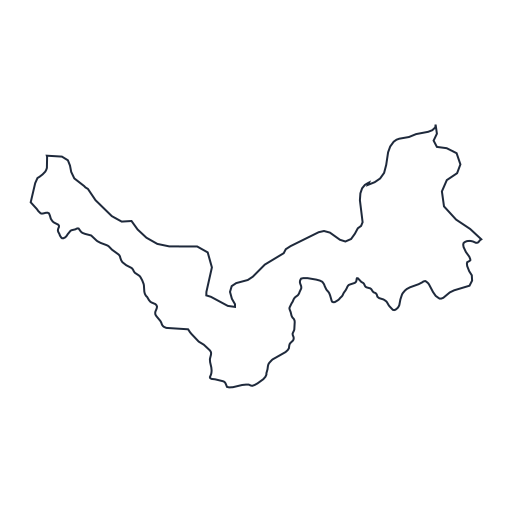 outline of Nong Khai
{"feature_id": "THA-446", "entity_name": "Nong Khai", "entity_type": "Province", "adm_level": 1, "iso_a3": "THA", "parent_name": "Thailand", "parent_adm1": "", "projection": "robinson", "projection_center": [102.779, 17.946], "detail": "fine", "context": "isolated", "style": "outline", "palette": "slate", "viewbox_px": 512, "rotation_deg": 0, "n_neighbors": 0, "source": "natural_earth", "source_scale": "10m", "svg_char_len": 4898}
<svg xmlns="http://www.w3.org/2000/svg" viewBox="0 0 512 512"><path d="M367.9,184.9L374.7,182.2L380.1,178.5L384.1,172.9L386.2,164.9L388.1,152.3L390.2,146.5L393.7,141.7L396.5,139.7L399.3,138.7L409.0,137.0L416.1,134.1L428.2,131.8L432.3,130.2L435.3,127.4L435.6,124.6L436.9,133.7L433.6,140.6L436.9,146.9L446.7,148.2L456.6,153.2L460.4,164.4L457.1,173.2L446.8,180.1L441.9,191.4L444.0,206.4L456.1,219.6L470.2,229.0L481.3,239.3L480.0,240.2L478.3,242.3L477.0,242.8L475.9,242.8L473.0,241.5L470.8,241.0L469.5,240.9L467.1,241.1L466.0,241.5L465.1,241.9L464.2,242.5L463.5,243.2L463.2,244.8L463.6,247.1L465.9,252.0L469.3,256.7L470.3,259.3L470.3,260.3L469.3,261.1L467.2,262.2L466.9,263.7L467.2,266.1L469.2,271.2L471.8,275.3L472.1,280.6L469.5,285.7L454.2,290.3L449.8,292.4L443.3,297.8L441.2,298.6L439.6,298.6L438.6,298.0L435.7,295.9L433.0,292.0L429.0,284.4L428.2,283.3L427.1,282.3L425.5,281.1L424.3,281.2L423.2,281.6L422.3,282.3L418.6,284.2L410.0,287.3L406.8,289.0L405.0,290.5L402.8,293.1L402.2,294.1L401.8,295.1L400.4,299.4L399.3,305.1L398.6,306.6L397.6,308.0L395.5,309.7L394.1,310.1L392.8,309.8L389.5,306.3L388.8,305.4L387.0,302.3L386.3,301.4L384.4,300.0L383.3,299.4L379.1,298.1L378.2,297.4L377.4,296.7L377.2,296.1L377.0,295.2L376.5,294.1L375.6,293.1L373.6,292.3L372.7,291.4L371.3,289.2L370.3,288.4L366.7,287.4L365.6,286.8L365.0,286.0L364.6,285.2L364.4,284.6L364.0,283.9L363.4,283.1L361.3,281.9L357.9,278.3L357.0,278.2L356.6,279.0L356.5,280.4L356.0,281.8L354.8,282.9L350.2,284.4L348.7,285.0L347.9,285.9L347.3,286.9L346.8,288.1L345.6,290.3L344.2,292.2L343.5,293.3L342.5,295.5L341.8,296.4L340.1,298.0L339.4,298.9L338.5,299.8L337.3,300.6L334.8,302.1L333.2,302.2L332.1,301.7L331.6,300.6L330.1,295.4L329.2,293.1L328.6,292.2L327.9,291.3L327.0,290.4L326.3,289.4L325.8,288.4L324.7,286.1L324.3,284.9L323.7,283.7L322.3,281.8L319.9,280.6L316.2,279.6L307.3,278.1L303.5,278.1L301.1,278.6L300.5,279.6L300.0,280.9L299.9,282.3L300.2,283.6L301.1,286.0L301.3,287.2L301.2,288.5L299.6,291.9L299.2,293.1L298.6,294.2L297.8,295.3L295.3,297.1L294.4,298.1L293.7,299.2L292.7,301.6L291.5,303.5L290.7,305.2L289.8,307.0L289.4,308.1L289.6,309.3L290.7,312.2L291.5,315.6L292.0,316.7L292.5,317.6L293.7,318.8L294.2,319.7L294.6,320.8L294.7,322.2L294.3,329.5L294.0,330.5L293.1,332.4L292.6,333.6L292.7,334.9L293.6,337.2L293.7,338.4L293.5,339.5L293.0,340.5L290.4,343.0L289.7,344.0L289.3,345.3L288.9,348.3L287.7,350.1L285.5,352.1L272.6,359.4L271.8,360.1L269.4,362.7L268.7,363.7L268.2,364.9L267.9,366.3L267.5,369.3L266.4,373.2L266.4,374.6L265.4,376.8L263.3,379.2L257.5,383.4L254.6,385.0L252.3,385.8L251.0,385.6L248.7,384.6L246.0,384.6L242.1,385.0L232.9,387.2L229.2,387.4L227.0,386.9L225.6,383.5L225.0,382.5L224.1,381.7L222.9,381.2L215.1,379.3L211.5,378.9L210.2,378.1L209.9,377.1L210.9,374.8L211.3,373.4L211.5,372.0L211.6,370.4L211.3,367.4L210.1,362.1L209.9,359.2L210.2,357.8L210.9,355.0L211.1,353.7L211.0,352.3L210.5,351.3L209.8,350.3L203.8,344.7L198.7,341.6L191.4,333.9L190.0,332.2L188.1,329.3L166.3,327.9L164.0,326.9L163.1,326.2L162.3,325.2L161.8,324.2L161.4,323.0L160.9,321.9L160.3,320.9L156.5,316.3L155.8,315.3L155.3,314.2L155.2,312.8L155.4,311.6L156.4,309.2L156.8,308.0L157.0,306.6L156.5,305.3L155.4,304.1L151.6,302.5L150.4,301.8L148.9,300.0L147.4,297.4L147.0,296.8L146.2,296.1L145.6,295.2L145.0,294.1L144.6,292.9L144.3,291.5L143.9,285.3L143.6,283.9L142.2,280.3L140.5,277.2L139.8,276.2L138.8,275.4L134.9,272.8L134.2,271.9L133.6,270.9L133.1,269.8L132.4,268.8L131.6,268.0L126.2,265.2L122.4,262.2L121.2,260.3L120.3,257.8L120.0,256.5L119.4,255.4L118.6,254.5L112.0,249.7L108.8,246.4L107.8,245.7L106.5,245.1L100.6,242.9L97.4,241.2L96.5,240.5L91.2,235.5L90.9,235.4L85.1,233.9L82.7,233.0L81.7,232.4L80.7,231.4L78.6,228.5L77.5,228.4L76.5,228.7L75.5,229.3L71.7,230.2L70.6,230.7L67.7,234.2L66.7,235.8L66.0,236.6L65.0,237.5L63.2,238.3L62.0,238.2L61.2,237.5L59.9,235.5L59.9,235.3L59.7,234.9L59.4,234.0L58.3,232.0L57.9,230.7L58.0,229.4L58.4,228.2L58.9,227.1L59.0,225.9L58.3,224.7L54.1,222.6L52.8,221.6L52.1,220.7L51.4,219.7L50.8,218.7L49.9,215.6L49.0,213.4L47.6,212.7L45.8,212.8L43.0,213.5L41.7,213.6L40.6,213.3L38.3,211.1L36.9,209.1L30.7,202.3L35.2,183.1L37.5,178.0L39.5,176.8L42.6,174.4L45.3,171.6L46.3,169.7L46.9,167.9L47.1,156.8L46.8,155.7L61.9,156.6L67.9,160.3L70.0,165.6L71.2,171.9L74.3,178.4L84.2,186.1L85.4,187.4L87.9,188.9L95.5,200.2L111.9,216.2L121.7,221.6L131.5,221.0L137.6,229.5L146.4,237.7L157.3,243.9L169.3,246.4L197.2,246.5L207.7,252.4L211.9,267.4L206.4,291.9L206.3,295.4L210.9,296.8L227.8,305.9L235.0,306.9L235.0,304.2L231.9,298.8L230.0,291.9L231.7,286.1L236.2,283.1L247.8,280.0L252.8,276.7L264.8,264.6L283.7,253.2L285.8,249.2L290.6,246.1L318.7,232.2L324.0,231.0L329.9,232.6L340.0,239.8L345.4,241.5L351.1,239.0L354.9,233.7L357.8,228.3L361.1,225.9L362.6,222.2L359.9,200.2L360.4,193.3L362.1,188.3L364.9,184.9L367.4,183.4L368.9,182.6L369.1,182.5L368.4,184.1L368.2,184.4L368.0,184.7L367.9,184.9Z" fill="none" stroke="#1e293b" stroke-width="2"/></svg>